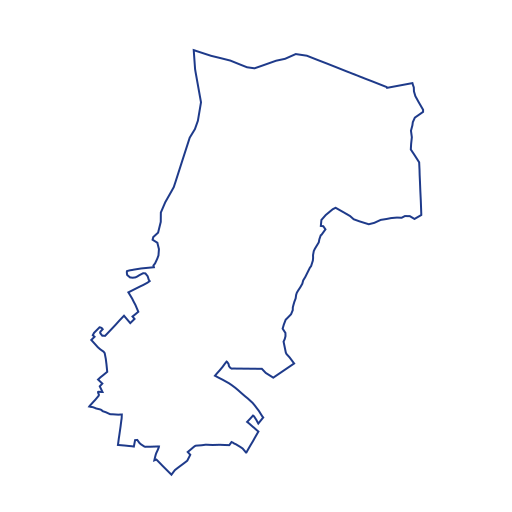 the district of Camerino Z. Mendoza, Veracruz, Mexico, rotated 265°
{"feature_id": "50627088B22959836767902", "entity_name": "Camerino Z. Mendoza", "entity_type": "district", "adm_level": 2, "iso_a3": "MEX", "parent_name": "Mexico", "parent_adm1": "Veracruz", "projection": "orthographic", "projection_center": [-97.172, 18.79], "detail": "fine", "context": "isolated", "style": "outline", "palette": "blue", "viewbox_px": 512, "rotation_deg": 265, "n_neighbors": 0, "source": "geoboundaries", "source_scale": "gbopen_adm2", "svg_char_len": 4494}
<svg xmlns="http://www.w3.org/2000/svg" viewBox="0 0 512 512"><g transform="rotate(265 256 256)"><path d="M252.2,126.2L251.3,125.9L250.6,125.9L249.9,125.9L249.2,125.9L248.2,126.1L247.2,127.1L246.4,127.9L245.6,128.7L245.6,129.0L245.1,131.2L245.2,134.0L245.9,135.9L247.0,138.0L248.7,142.1L248.3,144.3L245.3,146.3L243.6,146.7L241.6,147.1L240.3,147.9L239.3,146.3L238.8,145.4L236.9,141.0L236.1,138.8L236.0,138.5L233.5,132.2L230.9,125.7L224.4,128.9L221.3,130.1L217.8,131.6L211.0,133.8L210.7,133.9L208.6,130.9L206.5,127.7L203.9,129.5L200.1,124.9L208.0,119.3L203.8,114.5L199.6,110.0L195.4,105.3L189.6,98.7L189.8,97.5L190.0,95.9L191.8,94.7L192.6,94.2L193.6,94.1L194.4,94.7L195.0,95.3L196.4,96.9L197.7,96.0L198.3,94.9L198.6,93.9L198.4,93.7L193.6,88.0L191.3,86.5L189.6,88.1L186.7,84.6L181.7,88.4L178.9,90.5L176.7,92.6L173.9,95.9L172.4,96.8L166.5,97.4L161.0,97.6L153.6,97.7L150.5,93.2L148.8,90.6L146.7,87.9L142.3,91.8L139.8,89.0L133.9,91.2L134.1,89.5L134.5,87.3L134.4,86.9L134.1,86.8L133.4,86.8L132.0,87.3L131.4,87.4L131.0,87.3L130.3,86.9L129.4,86.0L128.2,84.8L126.6,83.2L125.2,81.6L121.1,77.2L120.6,76.8L120.5,77.2L120.4,77.4L120.2,77.8L120.0,78.7L119.7,80.1L119.4,80.8L118.8,82.1L118.1,83.3L117.3,85.7L116.8,87.2L116.3,88.2L115.9,88.8L115.2,89.3L114.8,89.7L113.4,92.9L111.1,96.9L110.9,98.7L110.6,100.8L110.1,103.9L109.9,105.2L109.9,107.1L109.8,108.5L106.6,108.1L105.0,107.8L104.8,107.7L100.7,106.8L97.9,106.2L93.2,105.1L88.5,104.0L86.5,103.5L79.8,102.0L78.6,108.9L77.8,112.9L77.3,115.7L76.8,117.7L83.1,119.5L83.1,121.7L79.9,123.6L78.5,124.9L75.9,128.2L75.6,129.0L75.5,130.6L75.2,134.0L75.1,136.1L74.8,142.1L74.7,142.7L73.7,142.4L71.5,141.3L68.4,139.5L67.1,138.9L65.2,138.2L61.3,136.9L61.9,139.0L60.4,140.3L57.0,143.1L55.5,144.3L45.5,152.7L49.0,155.8L49.9,156.7L51.7,159.5L53.2,161.9L54.9,164.7L57.1,168.2L58.1,169.7L63.7,173.2L66.7,170.9L68.7,173.8L70.7,176.6L71.3,177.5L71.5,177.8L71.9,178.4L72.3,179.6L72.2,185.3L72.4,189.6L72.1,191.8L71.5,196.3L71.1,203.5L70.5,207.9L69.9,212.9L72.8,215.4L71.9,217.0L71.0,218.0L70.4,219.3L67.1,223.8L65.4,225.9L63.0,227.6L61.1,228.9L61.1,229.3L62.6,230.3L65.5,232.3L68.6,234.5L71.9,236.9L74.6,238.7L78.2,241.2L80.9,243.1L82.5,241.5L85.3,238.9L86.0,238.1L89.6,234.7L91.5,232.7L94.5,236.1L97.3,239.1L96.4,240.1L95.8,240.4L92.6,242.1L90.2,243.1L88.9,243.7L94.4,249.0L94.5,249.1L95.7,248.3L98.0,247.1L100.8,245.7L101.9,245.1L103.9,243.8L107.1,241.8L110.0,239.8L112.5,237.5L114.9,235.3L117.2,232.9L120.9,229.3L122.3,228.0L124.1,226.3L126.5,223.9L129.7,220.3L130.8,218.9L131.5,218.1L135.1,212.8L135.9,211.6L138.0,208.2L140.3,204.7L142.5,206.9L145.3,209.9L148.3,212.9L151.4,215.6L153.4,217.5L153.1,217.9L152.0,218.6L150.6,219.3L148.9,219.4L147.6,220.1L146.8,220.7L146.2,221.5L145.9,222.0L145.9,223.2L143.1,252.0L138.7,255.5L133.3,262.6L136.1,267.6L145.6,284.6L146.9,283.8L152.1,280.6L155.6,277.9L157.1,277.3L168.3,276.0L170.8,277.4L173.6,278.4L176.8,278.6L181.3,276.2L185.4,277.8L190.1,280.1L190.4,280.6L194.6,285.5L195.0,285.9L198.9,287.9L201.6,288.2L203.6,288.9L207.0,290.2L210.3,291.8L213.8,292.6L215.9,293.5L218.1,295.1L221.0,297.4L224.3,299.7L227.6,300.9L230.7,303.2L239.7,308.7L241.1,310.0L246.4,312.2L249.0,312.7L251.9,312.9L255.9,314.0L258.1,315.3L264.1,319.7L267.2,320.6L271.0,322.3L271.4,323.1L276.5,327.5L279.8,325.6L280.3,323.2L286.2,324.3L290.8,329.1L295.9,336.5L297.1,339.5L292.5,346.2L287.6,353.2L284.1,356.5L281.5,362.1L277.8,371.1L278.7,376.7L281.1,383.4L281.5,389.3L282.0,393.8L282.0,399.8L281.4,404.4L282.8,407.8L282.3,412.7L279.1,417.1L282.4,424.2L283.2,424.3L288.9,424.6L296.9,425.0L307.2,425.4L315.4,425.8L322.6,426.1L327.5,426.4L335.1,426.7L342.2,423.0L348.6,419.5L354.1,420.3L360.7,421.6L367.3,421.3L372.6,423.2L375.7,423.9L380.0,426.3L382.8,431.2L385.0,435.0L387.1,435.2L395.0,431.5L401.3,428.7L406.2,427.7L410.2,427.9L412.5,427.3L414.6,426.9L412.1,401.2L412.9,400.9L419.9,386.9L423.1,380.3L427.5,371.5L432.2,362.0L437.1,352.3L441.4,343.7L446.2,333.9L451.1,324.1L453.7,313.2L449.9,302.1L448.8,293.1L445.0,278.4L443.1,270.9L444.8,263.5L448.3,256.5L452.9,247.5L456.1,238.3L459.3,228.8L461.8,222.9L466.5,211.9L447.5,211.6L444.8,211.8L413.9,214.6L395.8,209.9L387.7,206.2L379.7,200.3L374.0,197.9L356.0,190.3L336.7,182.2L331.8,180.1L328.1,177.6L317.5,170.3L307.6,165.0L298.3,164.1L287.8,160.5L283.8,155.3L281.2,154.4L277.8,158.9L277.7,158.9L271.3,159.9L265.1,158.9L261.9,157.4L257.4,154.8L255.5,153.0L253.7,153.3L253.7,153.1L253.6,140.5L253.1,133.6L253.0,132.5L252.9,131.8L252.7,128.9L252.2,126.2Z" fill="none" stroke="#1e3a8a" stroke-width="2"/></g></svg>